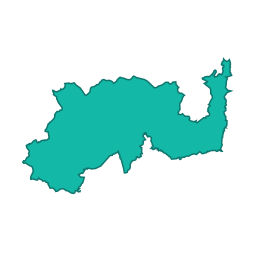 the district of Teopantlán, Puebla, Mexico, rotated 85°
{"feature_id": "50627088B18516269825492", "entity_name": "Teopantlán", "entity_type": "district", "adm_level": 2, "iso_a3": "MEX", "parent_name": "Mexico", "parent_adm1": "Puebla", "projection": "robinson", "projection_center": [-98.255, 18.735], "detail": "fine", "context": "isolated", "style": "filled", "palette": "teal", "viewbox_px": 256, "rotation_deg": 85, "n_neighbors": 0, "source": "geoboundaries", "source_scale": "gbopen_adm2", "svg_char_len": 5764}
<svg xmlns="http://www.w3.org/2000/svg" viewBox="0 0 256 256"><g transform="rotate(85 128 128)"><path d="M152.9,235.8L154.0,235.0L154.0,232.7L155.3,231.5L157.1,229.0L157.6,227.6L158.9,226.7L160.4,226.3L163.3,226.3L167.7,228.9L170.0,229.4L170.7,229.1L170.4,227.5L172.0,223.1L171.9,222.7L170.0,221.3L171.1,220.6L172.3,218.2L173.5,217.6L173.4,216.4L173.7,215.0L175.1,214.3L175.3,212.9L175.8,212.2L176.7,212.6L181.2,210.8L181.1,208.5L181.5,207.8L183.6,206.0L184.9,205.5L184.7,203.5L183.5,201.8L182.9,200.1L182.9,197.5L184.9,195.2L185.4,193.4L187.7,190.4L188.4,187.9L188.0,186.8L185.9,185.8L186.0,184.6L187.2,183.2L187.2,181.4L186.6,181.2L186.9,182.5L186.4,183.4L184.6,183.4L184.8,182.4L184.2,181.7L184.1,182.2L183.0,182.4L182.1,181.4L182.0,180.7L179.1,178.8L179.0,178.3L178.2,177.7L173.3,175.9L172.8,179.5L170.4,181.4L169.8,180.9L169.8,180.1L168.9,178.5L169.2,177.4L169.0,176.8L166.9,175.3L165.6,175.9L165.2,175.4L165.8,173.9L164.4,173.0L165.3,171.9L164.6,171.3L165.0,169.0L165.6,168.2L165.5,163.9L163.4,158.3L154.0,148.5L153.8,146.1L152.9,145.4L152.5,143.2L151.6,142.1L151.7,141.2L150.3,139.8L151.5,139.4L152.8,139.5L154.6,138.4L155.8,138.7L158.1,138.3L158.4,137.7L158.8,137.5L168.6,135.8L172.4,135.5L172.5,134.1L172.0,132.6L170.0,131.8L169.3,130.3L168.3,129.6L166.9,129.1L165.2,129.2L162.6,128.0L161.0,126.2L160.4,123.2L158.5,122.1L157.8,122.3L157.4,121.6L157.3,121.3L158.0,120.8L158.6,119.6L157.2,117.2L156.4,117.5L156.7,117.9L156.4,117.9L154.9,117.7L154.8,116.0L153.1,116.5L148.8,116.0L148.5,117.0L147.7,117.1L147.4,117.8L147.1,117.8L145.8,114.6L143.9,114.0L143.3,114.5L142.4,113.9L141.5,113.0L141.2,111.6L137.3,113.9L135.6,112.6L135.6,112.0L134.9,112.6L134.3,111.7L134.5,110.4L135.4,110.7L135.6,110.2L136.3,110.4L137.8,109.6L137.8,108.8L138.5,109.0L138.3,106.9L139.8,105.5L142.8,106.3L145.6,105.2L146.7,105.3L147.8,104.5L148.9,104.7L149.2,105.1L149.2,106.1L150.1,106.2L150.4,106.7L150.6,105.9L151.6,104.9L151.0,104.4L151.4,103.5L150.5,102.9L150.2,102.1L151.1,101.6L150.9,99.8L151.9,99.7L152.4,100.3L152.7,99.6L153.4,99.4L152.8,97.8L153.5,97.6L153.3,96.6L154.0,96.5L154.3,95.2L155.4,95.1L157.1,92.0L157.7,91.8L159.1,90.1L160.0,89.6L160.5,88.5L162.8,87.4L162.8,82.4L161.6,79.8L162.6,79.8L163.5,79.3L163.9,78.5L163.4,77.8L162.1,77.7L162.0,74.0L161.2,72.9L161.1,71.8L161.3,69.8L160.1,67.4L159.4,64.4L160.4,62.2L157.8,58.5L159.8,56.7L160.1,55.9L159.4,52.0L158.9,51.3L158.3,51.4L158.0,50.8L158.6,49.9L157.9,48.3L157.8,46.3L157.9,43.3L159.0,41.6L158.5,39.8L158.1,40.0L158.0,38.7L159.4,37.0L159.4,36.3L157.0,37.7L153.0,35.6L151.7,36.0L146.0,35.2L145.3,34.4L144.8,34.7L140.2,33.1L139.6,33.4L139.1,32.1L137.0,32.3L136.1,31.2L136.3,30.4L135.5,31.0L134.3,29.4L132.0,29.0L131.1,29.3L130.5,28.8L129.4,28.7L128.7,30.2L128.1,29.7L126.3,29.9L125.3,29.5L124.5,30.2L121.3,31.1L120.1,30.8L119.2,29.1L116.7,28.8L116.1,29.2L116.1,29.9L114.3,29.3L114.1,28.3L113.0,28.1L111.7,28.7L111.0,28.1L109.4,27.8L107.8,28.2L107.3,28.7L107.4,29.1L105.0,29.3L101.3,26.2L100.1,22.2L99.1,25.4L96.2,27.3L93.3,26.4L90.3,26.1L87.7,24.9L86.3,25.0L85.8,25.8L85.8,24.2L85.4,23.9L84.7,20.2L84.1,20.2L82.2,21.4L81.9,21.0L80.7,21.6L79.2,21.2L77.8,21.4L76.0,20.6L74.8,21.1L73.7,20.4L73.1,20.7L72.4,20.3L68.8,21.1L70.0,22.3L70.3,23.5L69.2,25.6L67.6,26.7L69.1,26.9L70.6,28.5L72.1,28.9L72.5,29.4L73.9,28.7L73.8,27.3L75.0,27.2L75.6,27.3L75.9,28.2L76.8,28.6L79.5,28.3L81.4,29.0L82.2,29.7L82.9,29.6L83.1,30.2L82.5,31.5L82.7,31.9L82.0,32.0L82.6,33.4L84.3,34.4L84.7,37.2L83.8,37.3L83.7,37.7L83.0,37.6L79.9,35.2L78.3,35.5L77.9,36.1L78.6,37.3L80.1,38.0L81.3,39.2L82.2,39.3L82.1,40.0L83.9,42.4L83.6,44.3L83.8,47.0L84.4,47.7L84.9,49.7L86.0,49.2L87.2,46.9L88.8,44.8L89.8,45.9L89.5,46.6L90.3,48.2L95.2,43.0L97.0,42.2L101.0,42.6L103.3,41.3L105.6,41.3L107.9,43.2L111.0,44.8L111.7,45.7L112.2,44.9L113.1,44.4L113.4,45.1L116.1,46.9L118.0,46.3L118.2,47.1L121.0,45.4L122.3,45.7L122.9,46.5L123.2,49.2L125.0,49.7L124.3,51.5L128.7,58.6L128.1,59.9L126.8,59.5L127.3,60.5L127.4,61.8L126.8,64.1L125.7,66.0L125.1,66.4L124.3,65.7L123.1,65.7L121.7,66.3L121.2,70.3L118.5,72.5L119.3,73.8L118.8,76.7L117.3,76.3L116.6,76.6L114.1,74.6L108.2,74.4L106.0,72.4L103.3,71.4L100.9,69.9L100.3,68.9L98.0,71.7L97.9,73.8L96.8,74.3L96.5,75.1L94.4,75.3L92.9,75.1L92.3,74.0L91.8,73.9L91.3,74.9L90.2,75.2L89.1,76.3L86.1,76.4L86.5,78.0L86.1,78.4L86.3,79.5L87.2,80.2L87.8,81.4L87.6,83.0L86.0,83.9L85.8,86.6L88.0,90.0L89.0,94.2L89.9,95.3L90.3,97.4L90.1,98.4L83.3,104.4L81.2,107.3L78.6,115.0L76.8,117.8L77.7,119.1L78.9,119.9L80.2,122.2L79.4,125.4L78.1,127.6L77.6,130.0L76.9,130.8L77.0,132.1L79.4,134.8L80.4,135.2L82.2,138.4L80.1,140.0L78.8,142.8L79.1,144.6L78.4,146.6L77.6,147.8L78.1,150.0L79.1,150.6L80.0,152.1L82.1,153.5L82.1,155.5L83.3,156.8L84.0,159.2L84.1,160.8L85.3,161.9L88.3,162.6L89.2,163.2L91.6,166.3L91.6,167.8L84.1,172.0L80.7,176.0L78.3,177.7L78.8,179.8L78.7,181.5L78.1,183.2L78.2,187.1L79.6,186.7L81.8,187.4L82.9,188.4L83.9,190.1L84.0,190.9L83.2,191.4L84.9,192.7L85.1,194.2L85.8,195.5L85.4,197.4L84.2,198.8L84.0,199.7L85.3,199.6L86.5,198.9L88.3,199.3L90.7,196.4L93.0,196.5L94.1,195.8L96.0,195.4L96.1,194.9L97.4,194.7L101.9,191.9L102.7,191.8L104.3,192.4L104.2,194.0L105.4,194.9L105.6,195.8L105.3,197.1L106.8,198.7L108.5,199.9L110.0,199.9L111.8,200.6L114.4,203.4L115.7,205.6L116.6,206.1L116.8,207.0L121.4,209.1L122.3,209.8L122.4,210.4L124.1,210.8L124.6,209.5L124.7,207.9L131.4,207.4L131.5,208.1L132.9,209.4L133.0,210.9L132.6,211.9L133.2,212.4L132.8,214.2L133.3,215.9L134.4,217.1L134.0,218.2L134.7,218.4L134.8,219.4L134.0,220.1L132.1,220.4L131.9,221.3L132.9,223.5L134.0,224.4L135.1,226.0L135.0,227.4L135.8,227.5L135.5,228.7L136.4,230.5L136.9,230.9L137.4,230.5L138.6,230.6L142.6,228.2L144.8,229.3L147.0,228.6L147.2,229.2L148.1,229.7L148.4,231.1L151.2,232.9L151.9,234.0L151.6,234.9L152.9,235.8Z" fill="#14b8a6" stroke="#0f766e" stroke-width="1.5"/></g></svg>